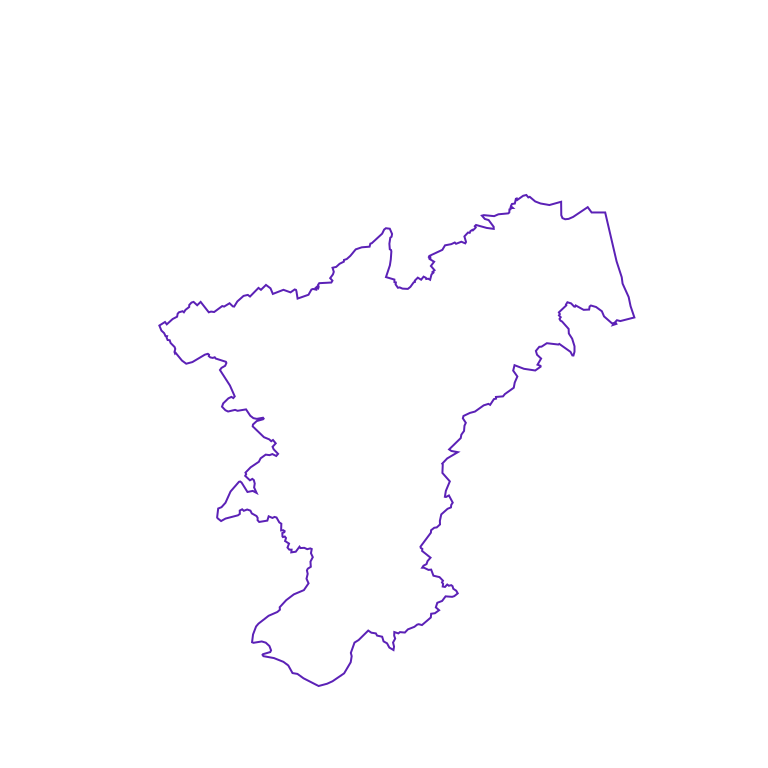 Madaripur, Dhaka, Bangladesh (orthographic projection), rotated 45°
{"feature_id": "16705992B87985099055959", "entity_name": "Madaripur", "entity_type": "district", "adm_level": 2, "iso_a3": "BGD", "parent_name": "Bangladesh", "parent_adm1": "Dhaka", "projection": "orthographic", "projection_center": [90.154, 23.231], "detail": "fine", "context": "isolated", "style": "outline", "palette": "violet", "viewbox_px": 768, "rotation_deg": 45, "n_neighbors": 0, "source": "geoboundaries", "source_scale": "gbopen_adm2", "svg_char_len": 6165}
<svg xmlns="http://www.w3.org/2000/svg" viewBox="0 0 768 768"><g transform="rotate(45 384 384)"><path d="M578.8,565.4L576.8,562.6L573.2,560.4L571.9,556.1L569.2,554.8L566.7,552.1L570.5,550.2L570.7,548.2L574.5,545.0L574.4,540.6L577.2,534.2L577.6,530.7L578.4,529.3L581.3,527.6L582.2,516.0L579.8,513.1L582.1,510.1L582.9,505.0L578.6,505.3L576.4,501.0L578.5,496.3L577.7,490.6L582.7,486.3L583.7,484.3L584.2,479.9L581.2,479.1L577.8,479.8L575.4,478.5L573.8,478.7L572.5,480.8L570.5,481.1L570.6,484.4L568.7,485.7L567.1,483.5L565.3,483.3L564.8,481.4L559.8,481.3L554.5,484.6L548.6,481.9L546.9,484.0L542.3,485.6L540.9,486.9L540.4,484.6L541.4,481.3L540.0,478.4L539.7,473.9L529.0,475.1L527.7,473.5L525.9,473.9L524.8,473.2L522.3,456.0L520.7,454.1L521.2,450.1L522.7,448.1L522.9,443.7L520.3,441.3L516.7,435.7L517.2,427.3L518.6,423.9L517.0,421.9L516.5,419.3L508.7,416.9L507.7,420.1L506.8,420.7L503.3,415.8L499.4,406.3L488.2,405.6L482.4,399.3L481.5,399.2L481.3,392.0L484.4,380.0L479.0,383.7L476.3,384.2L476.5,368.0L474.5,365.1L473.8,360.6L470.4,356.6L469.3,353.6L464.0,352.5L462.8,350.4L465.2,343.7L467.8,339.2L469.6,328.6L471.9,324.2L473.8,323.7L472.4,317.0L473.6,315.1L472.3,314.0L476.9,308.6L476.6,305.6L478.4,294.9L475.4,290.5L473.0,284.4L465.9,283.2L463.0,278.4L472.2,274.3L481.4,267.5L482.5,261.0L481.8,260.5L478.9,261.8L477.1,254.9L471.5,255.1L468.0,253.2L467.5,247.9L469.0,246.2L470.3,240.0L479.4,232.8L479.6,231.7L493.1,229.4L497.0,230.6L497.8,229.9L495.9,226.5L492.0,222.6L485.0,218.9L479.0,217.6L475.6,214.5L465.7,213.9L464.0,214.4L462.1,213.9L461.7,211.8L459.2,211.8L458.9,210.2L457.0,209.7L457.3,199.5L456.5,199.2L455.9,196.5L459.3,194.7L463.7,194.8L464.4,194.3L464.0,192.9L472.7,190.4L476.4,186.3L474.6,183.8L474.8,182.2L479.5,179.6L486.6,178.5L491.8,180.6L502.4,179.9L503.7,177.9L504.2,180.3L505.8,177.2L503.7,176.6L503.6,174.2L506.6,172.4L514.0,159.9L503.3,154.6L495.5,149.5L481.7,144.3L476.6,140.4L461.7,132.8L419.1,106.3L409.5,115.9L403.0,114.9L399.6,132.1L397.8,136.7L395.6,139.4L392.9,140.5L390.0,139.3L380.4,129.9L374.4,140.5L367.0,145.7L361.8,148.0L354.7,148.6L354.1,150.0L351.0,149.7L349.3,152.5L348.1,159.6L346.7,158.9L346.3,159.8L348.9,163.9L347.2,166.2L347.8,168.2L348.9,170.0L349.1,168.5L350.7,168.4L349.4,169.8L349.9,171.1L349.3,171.9L351.3,174.1L351.2,175.5L344.9,183.1L343.2,187.4L335.2,194.0L334.2,195.7L338.6,196.0L342.1,194.1L350.4,195.3L351.9,196.7L346.3,201.0L336.6,206.5L336.6,208.2L338.1,208.3L338.3,209.3L338.2,212.5L337.5,212.5L337.0,214.7L337.7,216.5L336.3,217.5L336.5,222.8L341.6,225.6L342.0,227.1L338.1,228.7L335.8,233.9L334.0,233.9L332.7,237.5L329.1,242.8L330.4,247.9L325.5,261.3L325.8,262.2L327.0,261.5L327.8,262.2L327.0,263.0L327.7,263.4L333.0,262.1L333.7,267.4L339.3,267.8L339.1,270.5L340.2,270.4L340.1,272.9L342.9,277.7L340.8,278.3L339.6,279.9L338.5,279.3L336.1,280.1L336.5,284.0L332.7,284.9L332.7,289.1L333.7,289.9L333.1,291.1L334.0,296.7L333.6,299.9L329.6,303.5L326.8,304.6L325.8,306.1L321.8,305.4L320.6,303.8L319.4,304.6L317.5,302.8L309.8,307.0L304.3,296.0L300.7,291.1L295.5,285.1L294.3,284.3L292.8,284.6L288.6,281.0L285.0,276.1L285.2,274.5L283.6,272.2L278.3,270.1L275.2,272.5L274.9,274.7L276.4,279.0L275.8,293.1L275.1,294.4L276.7,297.1L271.6,303.1L268.8,308.8L269.6,317.3L269.3,322.0L268.0,324.6L269.1,325.9L267.6,330.4L267.4,335.0L265.4,338.2L269.2,340.2L270.4,342.6L271.1,347.2L274.5,347.4L275.0,349.5L266.9,358.5L267.3,360.5L269.1,361.5L270.0,363.2L268.9,364.1L267.8,362.7L267.7,364.7L269.1,365.4L266.6,367.0L265.9,368.5L267.5,374.3L262.5,384.7L256.6,380.4L255.2,379.7L254.0,380.3L253.1,385.3L246.3,388.5L241.7,398.9L236.1,396.6L230.5,397.4L230.4,404.4L227.3,404.8L227.4,416.9L224.7,417.3L222.4,421.0L221.9,429.3L223.3,435.2L222.2,436.0L217.7,436.1L216.2,442.3L214.5,443.3L213.0,453.2L210.5,455.1L209.4,457.2L196.3,455.6L196.2,460.4L191.3,460.6L190.3,462.5L190.4,465.8L191.8,467.3L191.2,471.9L191.8,474.8L190.1,475.0L188.3,478.3L188.4,480.2L190.1,482.7L188.6,487.5L188.2,495.4L185.3,495.0L183.8,501.5L188.8,503.6L192.6,503.5L195.6,504.6L196.8,503.6L197.4,504.9L199.9,505.9L201.5,504.6L204.1,505.9L209.7,505.9L211.6,506.8L213.2,509.5L214.7,510.2L214.7,509.3L224.6,510.3L229.8,509.5L233.0,504.0L236.6,489.9L238.1,487.2L239.6,487.0L240.3,488.2L242.4,488.0L244.5,486.6L245.4,484.8L247.0,485.0L256.5,480.1L257.7,480.6L258.8,483.4L257.7,487.5L258.1,490.1L276.1,494.0L287.2,498.3L287.4,500.5L285.2,501.0L284.1,504.2L284.0,511.4L285.5,514.6L290.4,514.7L293.2,513.7L297.0,507.6L299.4,506.5L304.4,499.5L311.9,501.0L315.8,500.5L318.7,498.6L322.3,493.4L323.4,493.6L323.4,494.5L320.2,500.2L320.0,505.3L321.1,506.8L336.7,506.5L342.0,504.3L344.7,504.2L345.1,502.1L349.4,502.5L349.6,507.2L352.2,508.2L358.5,508.3L358.7,511.1L354.6,512.5L353.4,515.2L350.3,517.6L349.3,523.8L350.5,527.5L348.6,537.2L348.7,544.6L350.3,545.2L350.8,547.1L357.3,546.9L358.0,544.2L359.9,544.0L363.0,545.8L365.3,549.0L370.9,551.1L366.8,552.4L363.8,556.9L353.0,554.4L351.3,554.6L350.6,555.7L351.5,568.5L355.9,580.1L356.2,586.0L354.8,589.3L360.3,596.3L361.3,596.6L365.7,596.1L367.1,591.2L373.6,580.1L373.9,577.8L371.5,575.5L372.3,572.9L374.5,572.8L376.0,569.5L379.1,568.0L382.0,569.0L387.2,567.5L389.3,568.0L390.9,569.7L393.3,569.8L398.1,563.1L396.0,559.1L399.8,557.6L400.6,555.4L402.4,554.4L407.8,555.9L410.2,555.4L414.8,560.3L416.2,558.6L417.8,558.3L418.3,559.3L417.5,561.3L420.0,563.6L420.8,563.7L421.7,562.0L423.6,562.2L425.1,565.0L429.7,564.0L431.4,567.9L434.2,568.1L435.8,566.5L437.5,568.6L440.2,565.0L439.3,558.8L440.9,559.1L443.5,556.2L446.5,555.1L448.1,552.4L449.6,551.8L452.0,555.3L456.1,556.8L457.6,561.6L461.5,565.0L460.7,568.5L461.3,570.3L464.3,572.2L466.9,576.5L471.6,578.3L473.1,586.4L469.0,596.5L467.7,605.9L468.1,615.6L470.0,617.2L469.8,620.6L466.3,629.5L464.7,642.2L465.0,645.9L468.5,653.7L473.3,659.9L474.7,659.3L479.6,652.5L483.3,650.5L488.3,650.3L492.5,652.2L493.1,654.0L489.5,660.6L489.6,661.4L491.2,661.7L500.0,655.6L509.3,651.6L515.3,650.7L523.7,653.1L527.8,650.2L535.2,649.0L551.3,643.8L555.7,636.2L557.8,630.6L560.4,616.8L557.2,604.3L553.6,599.3L550.7,597.6L546.0,587.7L547.1,583.0L547.2,569.5L550.9,568.8L554.6,566.1L557.0,566.8L561.4,564.0L565.7,566.3L569.5,565.2L574.1,566.6L578.8,565.4Z" fill="none" stroke="#5b21b6" stroke-width="2"/></g></svg>